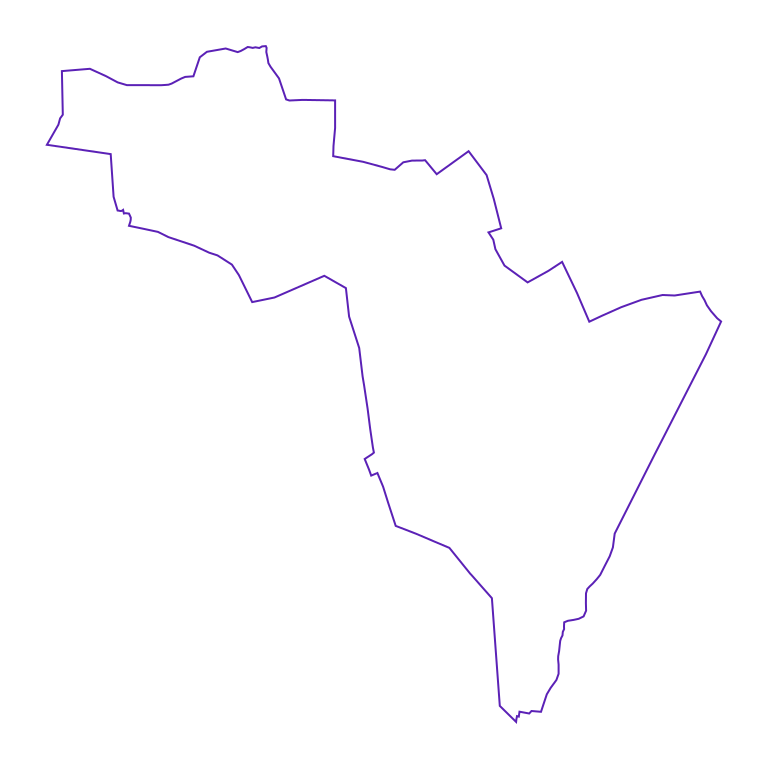 the district of Roni, Jigawa, Nigeria
{"feature_id": "59680162B41504820717654", "entity_name": "Roni", "entity_type": "district", "adm_level": 2, "iso_a3": "NGA", "parent_name": "Nigeria", "parent_adm1": "Jigawa", "projection": "natural_earth1", "projection_center": [8.308, 12.563], "detail": "fine", "context": "isolated", "style": "outline", "palette": "violet", "viewbox_px": 768, "rotation_deg": 0, "n_neighbors": 0, "source": "geoboundaries", "source_scale": "gbopen_adm2", "svg_char_len": 2160}
<svg xmlns="http://www.w3.org/2000/svg" viewBox="0 0 768 768"><path d="M61.9,71.1L62.8,114.7L60.1,118.4L58.4,124.7L46.9,144.8L110.7,154.1L113.6,196.8L117.6,210.5L119.1,210.7L120.3,211.0L121.7,210.9L123.1,209.9L123.9,213.5L125.8,213.2L129.0,213.6L130.8,217.6L130.7,219.9L130.3,221.8L129.0,225.8L143.0,228.7L158.0,231.9L168.4,237.1L194.2,245.7L209.2,252.7L217.5,255.4L231.9,264.6L238.9,275.1L252.2,302.1L274.5,297.5L324.3,275.8L345.9,288.1L349.1,316.6L359.2,348.0L362.6,376.4L364.1,385.4L367.6,408.6L370.2,429.0L372.9,447.5L373.9,452.6L372.0,454.2L367.4,457.2L364.7,459.0L369.0,469.5L371.2,475.6L377.4,473.0L383.1,486.7L388.0,502.3L395.7,525.9L416.2,533.8L434.5,541.6L449.4,547.9L470.3,573.8L470.6,574.1L471.2,574.7L491.9,598.2L499.8,705.9L516.1,721.9L516.4,719.3L517.0,716.1L518.8,716.6L519.5,711.7L529.2,713.5L531.5,711.0L541.0,711.8L546.8,694.3L550.7,687.8L556.4,680.0L558.6,673.8L558.6,670.7L558.6,664.7L558.1,659.5L558.2,656.2L559.1,651.2L560.2,640.9L561.1,638.1L562.5,635.4L562.8,631.9L564.1,629.1L564.0,626.5L564.2,622.3L567.9,620.8L573.6,619.9L578.7,618.8L583.6,616.4L586.1,610.7L585.9,603.0L586.0,593.3L587.3,589.0L589.7,586.4L592.6,583.7L596.8,579.1L600.2,574.9L604.5,566.4L609.7,556.3L612.9,547.4L614.7,533.6L654.9,454.0L664.5,435.3L706.0,354.1L721.1,321.5L717.2,318.3L711.1,311.3L706.9,305.3L704.5,300.1L702.1,296.1L700.1,291.6L674.7,295.5L662.6,295.0L641.5,299.8L621.2,307.2L602.1,315.7L589.3,321.7L577.0,293.0L562.1,261.9L548.5,270.8L527.6,282.4L504.5,265.6L495.4,249.2L493.3,239.7L488.5,232.4L501.2,228.3L493.8,199.0L486.6,175.1L468.6,151.2L436.7,174.2L425.1,160.2L422.5,160.5L412.0,160.6L403.3,162.3L394.7,169.8L390.1,169.3L382.3,167.0L363.1,161.8L333.2,156.2L333.5,145.9L335.1,128.0L335.1,100.4L302.7,99.9L289.4,100.5L286.1,99.4L279.0,78.4L270.5,66.7L268.4,63.1L267.9,59.7L267.2,56.1L266.3,52.0L266.6,47.9L265.8,46.1L262.1,46.4L259.3,48.0L255.4,47.3L252.7,47.9L249.9,47.3L247.7,47.0L244.2,49.1L240.7,51.0L237.7,52.1L225.7,48.5L206.9,51.8L199.8,57.3L193.4,76.3L185.2,76.9L181.3,78.5L177.3,80.6L171.6,83.6L168.5,84.7L166.0,84.9L161.2,85.2L126.8,85.1L117.7,82.4L106.1,76.2L89.9,68.8L61.9,71.1Z" fill="none" stroke="#5b21b6" stroke-width="2"/></svg>